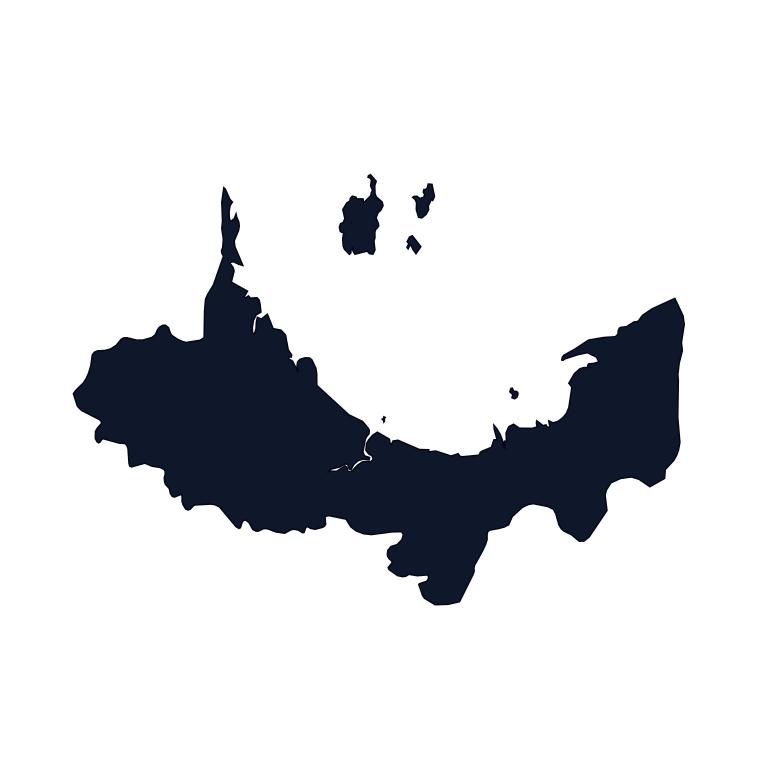 Panama, Robinson projection, rotated 192°
{"feature_id": "PAN-1340", "entity_name": "Panama", "entity_type": "Province", "adm_level": 1, "iso_a3": "PAN", "parent_name": "Panama", "parent_adm1": "", "projection": "robinson", "projection_center": [-79.066, 8.844], "detail": "fine", "context": "isolated", "style": "filled", "palette": "ink", "viewbox_px": 768, "rotation_deg": 192, "n_neighbors": 0, "source": "natural_earth", "source_scale": "10m", "svg_char_len": 6165}
<svg xmlns="http://www.w3.org/2000/svg" viewBox="0 0 768 768"><g transform="rotate(192 384 384)"><path d="M581.5,542.7L579.8,541.7L573.2,532.6L570.1,530.5L571.6,526.5L571.4,520.7L570.0,514.9L568.1,510.8L564.8,514.6L564.1,519.6L562.7,516.5L559.6,512.1L558.4,508.4L558.2,503.8L560.3,492.9L558.4,487.3L546.7,470.6L551.0,470.9L556.9,472.3L560.3,470.6L555.7,466.5L554.1,463.2L554.5,451.9L536.8,446.4L539.0,439.9L537.1,439.7L534.9,442.0L532.5,440.2L526.2,442.0L523.7,440.3L521.9,436.5L519.3,428.7L523.4,425.0L524.9,419.1L524.6,412.5L523.2,406.4L521.1,406.4L520.7,411.6L521.8,418.3L521.7,422.9L517.4,422.1L512.6,428.0L503.9,415.1L496.0,415.3L490.5,411.4L484.8,397.6L480.3,393.2L480.3,391.0L482.4,391.0L482.4,388.8L478.2,387.4L470.4,377.7L472.7,383.1L473.2,387.4L471.4,390.6L466.7,393.2L462.4,394.0L459.6,392.7L454.0,385.4L452.0,380.2L449.4,368.7L412.0,346.6L397.1,342.9L389.9,337.2L388.7,335.4L388.3,332.2L390.2,328.6L390.8,325.6L390.5,313.3L388.2,309.7L382.8,309.1L382.8,306.7L388.9,306.2L393.6,303.4L396.8,298.9L398.5,293.5L400.3,293.5L402.8,297.8L405.6,297.7L410.2,293.5L418.5,289.5L419.9,286.6L418.1,287.7L412.0,288.8L405.2,295.9L403.0,294.9L401.3,291.2L398.5,291.3L396.8,292.9L393.3,298.8L388.5,303.8L381.0,305.3L379.6,306.7L379.1,309.1L380.9,311.3L384.5,312.5L387.9,315.3L388.7,322.1L387.4,326.1L384.4,331.6L380.5,335.5L367.3,331.2L365.6,327.1L364.1,326.3L363.4,330.1L358.6,331.9L335.7,327.3L326.5,329.0L326.5,326.8L319.5,329.2L303.4,327.5L297.0,331.2L294.5,329.0L291.9,329.2L276.4,334.1L275.6,337.1L273.8,338.9L265.8,344.4L264.9,352.2L261.9,353.2L266.8,362.7L267.9,366.5L264.1,363.5L259.5,358.4L255.7,352.3L254.1,346.6L252.3,346.6L254.1,351.2L254.1,353.2L252.3,353.2L254.4,361.3L253.1,368.2L248.9,371.6L242.4,368.9L229.5,371.5L225.4,373.9L226.9,377.7L226.9,379.8L219.8,376.4L217.0,377.7L215.8,376.1L213.3,375.5L213.3,377.7L215.2,382.2L210.4,381.2L205.7,383.9L201.9,388.5L199.5,393.2L198.3,399.4L199.5,418.7L200.1,420.5L203.4,423.2L199.8,433.9L195.5,439.7L192.0,441.6L188.4,442.4L188.5,445.1L187.8,446.4L183.0,447.8L178.4,450.4L181.9,454.5L191.6,456.9L200.8,452.8L212.6,445.9L213.7,444.4L215.1,444.4L215.2,447.1L214.1,449.5L204.5,457.9L193.1,469.5L178.4,475.3L167.6,478.3L165.5,481.4L166.0,484.9L165.4,487.4L164.5,488.5L158.7,490.5L152.4,496.7L149.8,497.4L148.2,498.7L145.5,504.8L137.4,513.3L117.3,528.2L105.6,512.8L102.7,504.6L101.7,486.6L99.1,478.6L99.6,465.5L98.5,454.3L96.9,449.0L89.8,412.7L82.4,388.3L82.2,380.6L83.0,374.9L84.7,369.5L91.1,358.7L89.9,350.0L102.6,338.8L114.7,343.8L122.7,344.5L133.1,340.7L141.5,334.5L144.6,325.9L144.5,320.9L139.6,306.6L151.6,276.9L155.8,271.9L160.5,270.9L169.4,275.6L177.4,277.5L180.5,279.3L183.5,282.4L188.9,292.7L192.1,296.6L198.4,298.2L213.0,298.0L217.8,296.1L223.0,292.1L231.0,281.0L232.8,272.2L236.5,269.2L241.5,266.6L250.3,263.0L251.7,261.2L252.0,258.9L250.8,253.1L251.3,248.3L252.8,241.6L257.7,225.6L257.8,222.2L257.1,220.9L256.9,218.6L257.5,215.3L264.9,186.7L275.5,181.8L288.1,178.7L299.8,182.8L302.2,185.0L308.3,195.1L307.8,196.0L301.5,199.7L300.5,201.3L300.1,203.3L300.8,205.6L302.1,206.2L311.4,203.4L320.0,203.0L323.0,200.3L325.9,199.4L330.9,199.4L340.5,203.5L341.8,205.3L339.1,210.4L339.1,212.1L342.9,214.3L344.4,216.0L345.4,218.2L345.6,222.3L343.2,226.6L337.8,229.6L334.1,235.5L333.8,240.9L336.1,243.2L345.4,241.0L365.0,234.1L372.7,233.3L380.7,234.5L386.8,237.4L393.0,243.9L410.3,243.8L412.8,242.9L414.0,241.7L411.9,234.5L412.7,232.5L414.3,231.0L421.2,227.6L425.9,227.5L428.9,228.6L430.7,227.6L431.3,222.2L432.6,221.6L437.5,223.3L441.9,223.2L444.5,222.2L450.1,217.4L459.0,216.8L467.8,218.2L471.5,217.6L476.7,213.7L478.7,213.5L482.1,214.4L486.9,220.1L490.8,222.2L492.8,221.4L494.0,219.2L494.6,213.5L496.0,212.6L499.1,213.7L519.4,229.6L524.4,230.8L528.8,230.4L543.7,226.4L545.1,225.2L547.6,221.1L549.5,220.0L552.0,220.5L555.6,224.3L557.1,227.2L558.3,232.8L559.5,233.8L565.6,229.8L567.7,230.0L570.2,232.6L572.3,237.1L577.1,240.6L578.5,243.4L579.4,246.4L579.3,251.2L580.1,253.4L581.6,254.8L585.6,255.8L593.8,255.4L601.5,256.8L613.8,250.4L615.7,250.9L616.9,253.2L620.9,267.3L622.6,270.2L624.8,271.9L631.2,271.1L647.2,272.1L648.4,271.3L649.7,268.2L650.8,267.1L652.8,267.9L655.0,270.7L656.4,277.7L655.1,281.4L652.2,286.6L652.7,288.3L654.6,289.9L674.2,295.2L677.3,297.1L679.4,298.7L685.8,309.9L684.2,313.7L678.4,322.4L676.5,327.2L675.2,333.2L674.6,341.1L675.4,351.7L674.0,354.8L671.0,356.9L663.9,358.8L658.9,361.3L654.1,366.0L650.4,373.1L648.2,375.0L645.1,375.8L634.9,375.5L628.9,376.9L620.8,381.2L618.0,384.5L616.7,390.3L615.4,393.0L612.7,395.3L610.1,396.1L606.5,394.3L603.6,389.4L601.8,387.5L594.9,384.7L590.1,383.7L586.2,383.5L573.1,388.5L569.6,391.9L574.7,418.1L576.2,429.7L575.2,434.7L571.4,445.6L567.6,475.7L569.6,477.9L570.6,480.3L570.2,484.4L571.3,492.5L575.0,502.4L575.8,509.6L580.5,528.3L581.5,542.7ZM444.1,508.8L443.7,505.2L444.8,503.6L450.7,507.6L452.5,510.2L454.6,517.4L454.8,523.3L458.4,524.0L460.3,528.2L459.8,531.8L457.4,533.6L456.7,537.7L460.6,546.0L458.1,553.3L455.5,555.9L455.5,558.8L453.9,561.2L450.4,561.0L449.0,559.4L443.0,560.7L441.6,557.0L436.1,565.5L436.2,568.3L435.5,571.1L438.2,574.8L438.8,581.2L440.5,582.7L442.6,582.9L442.6,584.3L440.8,586.0L433.8,580.7L434.3,576.1L432.4,568.5L430.5,565.5L423.6,561.6L422.0,558.2L423.3,553.2L425.4,550.5L426.3,544.8L422.8,539.7L422.0,537.3L424.4,532.8L424.5,530.7L423.2,524.9L423.6,521.8L420.7,513.2L421.8,508.7L425.4,508.5L428.0,510.5L439.4,504.9L442.0,507.6L443.2,510.8L444.1,508.8ZM384.9,554.3L388.6,561.2L389.9,568.2L391.9,570.9L394.8,572.6L393.6,573.8L390.6,574.5L387.5,572.9L383.9,575.1L383.7,577.9L385.5,579.8L385.4,582.6L383.6,582.9L382.5,584.5L382.3,588.8L378.6,589.3L373.6,577.9L374.5,573.6L376.3,573.9L377.7,567.1L376.6,564.0L378.0,558.8L381.5,554.3L384.9,554.3ZM389.5,533.2L387.1,534.9L376.5,526.0L379.8,518.1L383.6,521.5L386.5,525.5L387.8,524.2L388.5,521.2L390.0,522.4L388.9,526.4L391.0,528.0L389.5,533.2ZM251.2,398.7L253.2,396.7L255.9,397.1L256.1,398.1L255.5,398.9L256.3,400.8L259.3,402.5L258.9,406.1L257.6,406.6L255.5,403.8L253.4,404.3L251.5,403.7L250.8,401.7L251.2,398.7ZM375.8,347.5L376.3,346.7L376.8,348.2L378.5,349.2L377.3,350.1L377.3,351.9L375.8,351.5L376.5,350.3L375.8,347.5Z" fill="#0f172a" stroke="#020617" stroke-width="1.5"/></g></svg>